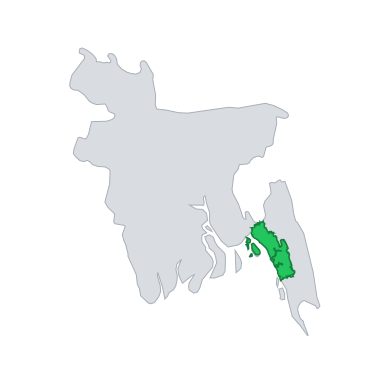 location of Chittagong, Chittagong, Bangladesh, rotated 353°
{"feature_id": "16705992B94200136889214", "entity_name": "Chittagong", "entity_type": "district", "adm_level": 2, "iso_a3": "BGD", "parent_name": "Bangladesh", "parent_adm1": "Chittagong", "projection": "albers", "projection_center": [91.95, 22.424], "detail": "fine", "context": "in_parent", "style": "filled", "palette": "green", "viewbox_px": 384, "rotation_deg": 353, "n_neighbors": 0, "source": "geoboundaries", "source_scale": "gbopen_adm2", "svg_char_len": 9669}
<svg xmlns="http://www.w3.org/2000/svg" viewBox="0 0 384 384"><g transform="rotate(353 192 192)"><path d="M126.5,276.9L126.6,267.2L120.6,247.8L121.0,245.7L119.8,236.4L118.3,231.3L117.6,225.8L121.6,218.0L120.1,216.7L111.6,214.1L110.6,212.1L112.6,204.4L106.6,196.9L104.3,191.4L111.2,173.9L113.2,161.7L112.7,159.3L108.8,156.5L101.8,155.2L96.8,152.8L94.0,149.2L91.6,147.8L88.5,148.7L84.7,147.3L81.5,143.8L78.9,139.5L80.1,135.0L85.5,124.3L87.4,124.0L91.7,126.2L93.4,126.2L96.4,122.0L100.8,109.9L114.9,111.3L118.3,111.0L121.9,110.1L123.9,108.6L125.0,106.6L124.6,104.9L120.3,102.6L118.7,100.8L117.6,95.9L116.3,94.0L107.8,93.6L103.4,91.3L101.0,89.2L96.9,82.5L91.6,77.4L86.6,76.1L84.6,74.5L83.6,71.9L84.3,68.3L87.1,61.3L101.5,46.5L101.9,44.8L101.4,42.9L97.3,40.4L97.1,39.2L98.3,36.0L100.6,35.7L105.4,38.7L110.2,43.4L113.0,47.7L113.1,51.0L116.9,51.7L120.0,53.2L123.4,52.8L125.5,53.7L126.9,53.4L127.5,51.6L124.8,46.7L126.2,44.8L129.4,44.9L131.7,46.8L133.3,50.5L133.5,56.2L137.2,61.4L142.1,65.2L146.0,66.9L150.7,68.2L154.7,67.1L156.8,63.5L155.9,60.3L156.6,57.4L158.2,55.9L160.8,56.0L162.6,58.3L167.9,70.7L166.7,76.2L167.7,91.2L166.2,101.1L167.0,104.9L167.9,105.6L176.2,107.5L188.1,111.6L197.3,113.2L239.0,112.4L248.0,114.4L275.8,112.9L283.4,116.1L291.6,121.2L296.3,125.0L297.1,127.2L296.6,129.0L295.0,130.1L292.2,130.1L285.7,127.7L284.6,128.4L284.5,134.3L279.2,149.2L278.4,153.8L276.6,155.6L271.0,156.6L267.4,165.3L265.9,166.3L262.2,164.4L260.0,164.7L257.2,165.5L254.3,167.5L252.4,170.0L250.2,170.9L242.3,170.7L240.8,174.7L235.7,180.0L232.1,193.9L232.3,198.2L236.6,209.4L239.6,223.9L240.7,225.3L242.2,225.5L242.3,218.8L243.7,218.0L245.6,218.7L249.2,227.7L251.3,230.0L254.6,230.6L258.3,229.3L261.1,226.7L262.2,223.8L261.3,214.1L263.1,210.1L269.4,204.2L270.4,202.4L270.0,192.7L272.4,192.3L275.6,193.1L279.7,190.8L280.9,190.7L282.6,193.2L285.5,192.8L289.9,212.1L290.3,225.8L291.3,233.3L292.9,235.0L297.8,246.4L302.5,286.5L303.2,311.9L305.1,320.6L303.5,322.5L302.0,322.9L300.5,319.8L290.0,313.4L287.5,314.1L283.9,317.8L282.5,321.3L283.1,326.2L284.2,331.0L286.7,333.8L287.0,336.8L289.8,348.3L289.0,348.3L283.2,337.9L276.3,327.7L274.0,309.3L273.9,300.3L269.1,289.6L264.7,271.0L266.7,264.5L263.3,267.3L258.2,256.2L250.1,245.2L247.8,240.4L247.7,235.7L244.2,240.4L239.4,243.7L234.5,248.7L231.3,250.2L221.1,251.0L215.2,244.3L206.9,227.9L205.8,224.2L207.0,214.6L205.1,205.5L204.6,197.4L203.1,198.1L202.5,200.3L202.8,203.7L202.1,206.6L188.0,204.6L194.0,209.4L200.5,210.6L203.8,214.9L204.0,222.0L197.5,226.3L198.1,229.9L201.7,234.3L197.2,235.5L196.0,238.4L195.8,242.5L198.9,248.8L198.3,251.3L203.6,259.6L204.6,263.6L203.2,269.1L191.5,280.3L188.0,288.3L185.1,292.0L181.5,292.6L177.2,288.8L177.2,284.9L178.1,281.8L184.3,274.4L181.0,275.4L171.5,281.4L169.7,276.4L168.6,271.7L168.7,266.0L173.3,257.6L168.1,261.8L166.6,267.1L167.2,273.3L166.4,277.7L164.3,283.5L161.5,286.9L157.1,289.0L155.0,292.4L152.0,294.9L151.2,283.2L148.2,267.5L147.5,270.9L149.0,280.6L148.8,286.9L146.2,291.9L141.2,297.2L137.5,297.9L135.3,297.0L128.4,288.8L128.0,281.2L126.5,276.9ZM212.5,278.3L203.9,280.1L199.4,279.5L207.8,265.4L207.6,259.1L206.4,254.0L202.2,249.8L202.0,246.8L200.2,242.8L199.2,238.1L203.9,236.6L207.6,239.3L208.9,244.7L210.7,248.7L217.2,257.1L217.1,262.1L215.2,274.5L212.5,278.3ZM231.2,273.8L225.9,277.5L227.7,255.2L231.6,263.6L232.6,268.0L231.2,273.8ZM251.4,262.7L249.1,264.3L246.9,262.9L244.2,257.7L245.6,251.1L246.4,250.1L249.7,256.9L251.4,262.7ZM270.9,309.8L267.9,310.0L266.4,308.4L267.1,306.2L266.3,299.0L270.2,298.3L271.6,304.3L270.9,309.8ZM267.6,289.6L265.3,296.8L264.5,293.5L266.0,287.2L267.6,289.6ZM206.2,231.3L207.0,233.6L202.2,230.5L201.0,228.4L203.1,227.3L206.2,231.3Z" fill="#d9dde1" stroke="#a8b0b8" stroke-width="1"/><path d="M280.7,264.6L280.0,264.4L280.4,264.2L280.4,263.6L280.0,263.4L279.4,263.6L278.9,262.3L278.6,262.3L278.4,261.8L279.3,260.9L279.2,260.6L279.6,260.6L279.8,260.2L280.2,260.1L280.5,259.8L280.4,259.6L280.4,259.1L279.8,258.6L280.1,258.4L279.9,257.8L280.1,257.6L279.6,256.4L279.5,255.6L279.2,254.8L278.8,254.8L278.7,253.4L278.4,253.3L278.6,253.1L278.6,252.7L277.5,251.3L277.2,251.4L277.5,250.6L276.4,250.3L275.7,250.7L275.3,249.8L275.3,250.0L275.0,250.1L275.0,250.5L274.1,250.8L273.8,252.0L274.3,252.7L274.2,253.8L274.5,254.1L274.5,254.5L274.8,254.9L274.3,255.4L274.5,255.9L274.2,256.1L274.2,256.5L273.7,256.6L273.7,257.0L273.4,257.2L272.5,257.3L272.5,257.0L272.9,257.0L272.2,256.9L272.0,256.7L272.2,256.1L272.4,256.0L272.3,255.5L272.0,255.4L272.1,254.6L271.8,254.0L271.9,253.8L271.6,253.0L271.4,252.9L271.5,252.4L271.3,252.2L271.3,251.6L270.5,250.7L270.7,250.4L270.4,249.8L270.4,248.8L270.1,248.2L270.6,247.3L270.3,246.9L269.8,246.7L269.9,246.1L269.7,245.7L269.1,245.9L268.9,245.7L268.4,246.1L267.7,245.8L267.3,244.7L267.7,242.9L268.3,242.8L268.0,242.6L267.8,242.1L267.2,242.0L266.3,242.6L266.2,242.3L266.5,241.9L266.3,241.5L266.1,241.7L266.1,241.9L265.4,241.3L265.1,241.6L265.0,241.1L265.2,240.8L264.1,240.7L263.8,240.8L263.7,241.4L263.4,241.5L263.4,241.8L263.2,242.0L263.2,241.7L262.9,241.5L263.0,241.2L262.3,240.6L261.8,239.4L261.8,238.6L261.3,237.9L261.3,237.0L260.8,236.4L260.0,236.4L260.0,236.1L259.4,235.6L259.8,234.5L259.6,234.1L259.9,232.8L260.1,232.7L259.9,232.6L260.0,231.9L259.5,231.3L259.2,230.1L259.0,230.5L258.7,230.1L258.3,230.2L257.7,230.7L256.5,230.5L256.2,230.8L255.9,230.3L255.9,230.8L255.6,230.9L255.4,231.6L254.8,231.6L254.9,232.5L254.6,232.8L254.3,232.4L254.4,232.1L254.0,232.2L254.1,231.8L253.6,232.0L253.9,231.5L254.3,231.8L253.9,231.4L253.9,231.0L253.7,231.1L253.6,230.8L253.3,231.0L253.2,230.8L252.0,232.0L251.9,232.4L251.6,232.0L251.3,232.1L250.8,231.8L250.6,232.0L250.9,232.1L250.6,232.6L250.0,232.3L249.9,232.7L250.4,232.9L250.6,233.3L250.2,233.5L250.2,234.1L249.4,234.5L249.3,234.8L246.6,234.8L247.0,235.1L246.7,235.4L246.8,236.1L247.2,236.0L247.4,236.2L246.9,237.1L246.9,237.3L247.1,236.9L247.2,237.0L246.7,238.8L245.8,240.1L246.5,242.8L246.9,242.5L246.8,243.1L247.7,244.8L249.8,246.2L251.5,247.7L252.7,249.2L252.8,250.2L253.5,250.9L253.2,250.2L255.5,252.7L258.0,255.7L259.0,257.1L260.4,260.2L260.2,261.0L261.9,267.1L261.7,268.4L263.5,271.2L264.7,270.2L265.2,269.4L265.0,269.0L263.4,268.3L263.2,267.4L263.6,266.8L264.4,266.1L266.6,265.4L267.5,262.5L268.0,261.5L267.6,260.8L268.0,260.3L267.3,260.2L267.0,259.9L266.4,259.0L266.2,258.4L266.3,258.2L266.9,257.9L267.2,258.1L267.5,257.6L267.3,258.2L267.2,258.2L266.8,257.9L266.3,258.4L267.2,260.0L268.0,260.2L268.1,260.4L267.7,260.8L268.1,261.5L269.1,260.7L269.8,260.5L271.0,260.4L272.5,261.0L271.9,261.2L271.5,261.1L271.3,260.7L270.7,260.6L269.0,261.1L267.9,262.3L267.7,264.6L267.5,265.1L266.5,265.9L264.8,266.3L263.7,267.0L263.4,267.7L263.7,268.3L265.1,268.7L265.5,269.2L265.2,270.2L264.2,271.0L264.1,272.1L264.7,274.9L265.6,277.0L265.9,277.2L266.1,277.0L265.6,275.7L265.6,275.2L266.0,275.0L266.6,275.3L266.4,276.0L268.3,276.7L268.7,276.6L268.5,276.2L267.3,275.6L267.0,275.1L266.9,274.8L267.0,274.7L267.4,274.7L268.6,275.0L269.3,273.2L269.6,273.4L269.6,273.9L270.1,274.2L270.4,273.6L270.6,273.5L271.3,274.1L272.0,273.8L272.3,273.8L272.8,274.4L272.5,274.5L272.1,274.4L272.0,274.8L272.5,275.3L273.3,275.6L272.4,275.3L272.0,275.0L271.9,274.4L272.2,274.3L272.5,274.4L272.3,273.9L271.2,274.2L270.4,273.6L270.3,274.2L269.9,274.3L269.5,273.9L269.4,273.4L268.7,275.0L267.7,275.0L267.3,275.3L267.4,275.5L268.7,276.1L268.8,276.6L268.7,276.8L266.5,276.4L266.2,275.9L266.3,275.2L265.8,275.3L265.9,276.0L266.6,277.2L266.6,278.4L267.4,280.8L267.4,282.1L267.2,283.2L267.7,284.6L268.0,286.1L268.8,286.4L268.3,286.5L268.9,287.1L268.8,288.2L269.3,290.9L269.7,290.8L269.7,289.9L270.4,289.9L270.7,289.5L271.0,289.6L271.3,289.1L271.4,289.6L271.8,289.6L272.1,288.5L272.8,288.6L273.4,288.3L274.1,288.6L275.1,288.3L275.3,288.5L275.3,288.1L275.6,288.0L275.4,287.4L276.0,287.7L276.3,287.4L276.5,288.3L277.2,287.4L277.5,287.6L277.9,287.3L278.2,287.5L278.2,287.3L278.4,287.5L278.8,287.4L278.9,287.0L279.4,286.8L279.0,287.8L279.9,288.6L280.8,288.2L282.2,288.2L281.4,286.3L281.8,286.1L282.1,286.2L282.2,286.4L282.5,286.4L282.8,286.0L283.2,285.9L283.2,285.4L284.1,284.7L283.9,284.2L283.5,283.9L283.6,283.3L284.2,283.3L284.2,283.0L283.5,282.9L283.5,282.3L283.2,282.3L283.1,282.0L282.5,281.8L282.3,282.0L282.1,281.4L281.5,281.0L281.9,280.7L282.2,279.9L281.6,279.7L281.2,279.6L281.6,278.8L280.5,278.4L281.9,277.7L282.1,277.2L281.4,276.4L282.0,275.8L281.9,275.4L281.5,275.4L281.5,274.7L281.2,274.4L281.6,273.5L280.7,272.3L280.9,271.4L280.3,270.7L280.6,269.4L280.3,269.0L280.3,267.9L280.8,267.4L280.9,266.3L281.1,266.0L281.0,265.4L280.6,265.4L280.7,264.6ZM249.0,262.4L251.4,261.8L252.0,261.3L252.1,259.3L251.9,258.1L247.4,251.3L246.6,250.5L245.3,250.8L244.7,251.2L244.9,252.7L244.6,255.1L245.4,257.7L247.6,261.8L249.0,262.4ZM239.6,248.3L240.1,248.8L243.1,249.5L243.4,249.3L244.2,246.7L243.4,245.6L243.0,245.5L242.7,245.7L242.9,245.2L242.3,244.7L240.6,243.9L241.1,244.8L240.8,246.4L240.4,247.4L239.6,248.3ZM243.8,260.7L243.3,260.5L241.3,263.0L241.4,263.3L243.1,263.2L243.6,262.8L243.5,262.4L243.9,262.7L244.1,261.9L243.8,261.5L243.9,261.1L243.7,261.0L243.8,260.7ZM240.3,252.8L241.1,252.8L241.0,252.3L241.3,252.4L241.2,251.9L241.4,251.7L241.3,251.0L241.1,250.9L240.9,250.4L240.5,250.5L240.5,251.0L240.4,250.4L239.9,250.4L239.2,250.8L240.3,252.8ZM240.6,254.8L240.9,254.0L240.8,254.7L241.3,254.9L241.4,253.9L241.4,253.6L240.9,253.5L241.3,253.4L241.2,253.0L240.3,252.9L240.6,254.8ZM267.0,265.4L267.7,264.7L267.6,264.1L267.2,264.4L267.0,265.4ZM267.2,275.2L267.4,274.8L267.0,274.7L267.0,275.0L267.2,275.2ZM272.1,261.1L271.8,260.8L271.4,260.8L271.7,261.0L272.1,261.1ZM241.5,250.9L241.3,250.5L241.2,250.5L241.1,250.8L241.5,250.9ZM240.7,255.4L240.8,255.4L240.7,255.0L240.7,255.4Z" fill="#22c55e" stroke="#15803d" stroke-width="1.5"/></g></svg>